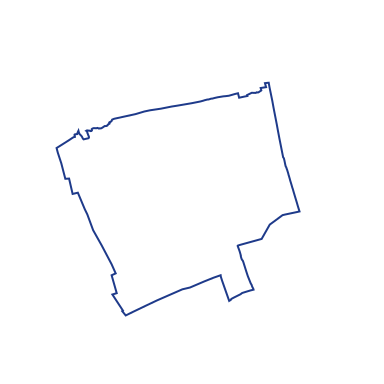 Desa, Dolj, Romania, rotated 55°
{"feature_id": "2599482B69091861879874", "entity_name": "Desa", "entity_type": "district", "adm_level": 2, "iso_a3": "ROU", "parent_name": "Romania", "parent_adm1": "Dolj", "projection": "natural_earth1", "projection_center": [23.007, 43.851], "detail": "fine", "context": "isolated", "style": "outline", "palette": "blue", "viewbox_px": 384, "rotation_deg": 55, "n_neighbors": 0, "source": "geoboundaries", "source_scale": "gbopen_adm2", "svg_char_len": 3433}
<svg xmlns="http://www.w3.org/2000/svg" viewBox="0 0 384 384"><g transform="rotate(55 192 192)"><path d="M255.1,317.1L256.4,308.7L257.4,302.7L258.6,295.4L260.7,283.0L266.2,255.7L269.1,248.4L272.3,233.2L274.6,223.4L276.6,216.3L278.0,217.0L282.2,218.3L284.7,219.0L302.5,224.0L302.5,223.9L302.5,223.2L302.6,222.9L302.7,222.6L302.6,222.2L302.5,221.8L302.4,221.6L302.3,221.3L302.2,221.2L302.2,220.9L302.2,220.7L302.5,218.2L303.6,210.8L303.5,209.6L303.5,209.0L303.7,208.2L305.2,203.5L306.2,200.5L307.3,197.6L306.5,197.3L304.2,197.0L303.4,196.8L302.7,196.6L302.2,196.4L301.7,196.4L300.5,196.3L292.8,194.5L288.2,193.1L278.7,190.1L278.2,190.0L277.5,189.8L276.8,189.8L276.3,189.9L275.9,189.9L275.6,189.8L274.7,189.6L272.7,188.9L272.4,188.7L272.1,188.6L272.0,188.4L268.2,187.1L266.1,186.5L263.0,185.7L262.6,185.6L262.3,185.5L262.2,185.3L262.2,185.2L262.8,183.2L264.4,178.7L265.4,175.9L270.2,162.4L270.3,162.1L270.4,161.9L270.3,161.7L263.3,147.0L262.9,131.1L263.8,128.8L268.5,117.8L269.6,115.1L264.0,113.3L261.1,112.3L255.6,110.5L249.9,108.6L248.2,108.0L247.0,107.6L246.2,107.4L243.0,106.3L238.4,104.8L237.7,104.5L236.8,104.2L235.6,103.8L234.2,103.3L233.4,103.1L232.2,102.6L227.9,101.2L227.6,101.2L226.7,100.9L225.7,100.6L224.9,100.6L224.1,100.3L223.3,100.0L219.4,98.3L217.1,97.4L216.4,97.4L215.7,97.4L215.3,97.2L198.5,89.8L191.4,86.6L185.3,83.8L172.5,78.1L169.6,76.8L163.3,73.9L150.8,68.5L146.5,66.5L146.4,66.7L145.9,67.5L144.7,69.8L148.6,71.2L146.2,76.1L148.5,76.9L148.6,77.4L148.5,78.4L148.5,79.1L148.5,79.8L148.4,80.7L148.1,81.2L147.7,81.5L147.4,81.9L147.5,82.4L147.4,82.7L147.3,82.9L147.3,83.1L147.1,83.3L145.0,86.2L144.2,91.3L145.1,91.6L143.9,94.3L141.8,99.3L137.5,97.7L136.4,100.5L135.3,103.7L134.3,106.6L132.7,109.6L131.6,111.5L129.1,116.7L128.0,119.4L127.1,121.9L126.8,122.3L126.4,123.1L126.0,124.5L125.5,125.8L125.0,126.5L124.4,128.2L124.0,129.2L123.8,130.0L122.7,133.1L119.1,141.3L112.8,154.6L110.3,159.7L105.9,169.7L101.0,179.5L98.7,184.9L95.8,193.6L87.4,213.7L86.9,215.9L87.7,217.1L87.8,217.4L87.8,217.7L87.8,218.0L87.7,218.2L87.8,218.5L87.9,218.8L87.9,219.0L87.8,219.3L87.7,219.3L87.5,219.5L87.6,219.9L87.8,219.9L88.2,220.1L88.6,220.2L88.7,220.3L88.7,220.5L88.7,220.8L88.5,221.1L88.5,221.7L88.5,221.8L88.6,222.0L88.6,222.6L89.0,223.0L89.0,223.4L88.9,224.1L88.5,224.9L88.1,225.4L87.9,225.7L87.9,226.3L87.9,228.1L87.8,229.4L87.7,230.0L87.4,230.5L87.0,230.9L86.8,231.3L86.8,231.6L86.6,231.8L86.3,232.2L85.8,232.3L85.5,232.5L85.2,232.8L85.0,233.5L84.8,234.0L84.6,234.2L84.4,234.5L84.1,234.9L83.9,235.1L83.4,235.7L83.1,236.5L82.9,237.3L83.0,238.1L84.2,238.7L84.3,239.5L83.9,240.2L83.1,240.6L82.8,241.0L82.3,241.6L81.6,242.3L81.3,242.8L81.2,243.1L81.2,243.5L81.4,243.4L81.9,243.4L82.2,243.4L82.7,243.4L83.0,243.5L83.9,243.9L84.5,244.0L84.9,244.1L86.0,244.4L86.6,244.5L87.0,244.6L87.7,244.8L88.1,245.0L88.4,245.5L88.6,245.9L86.7,250.6L86.1,250.7L85.4,250.7L84.6,250.6L83.4,250.4L82.1,250.5L80.9,250.7L80.0,250.9L78.9,250.6L77.7,250.3L76.7,249.9L77.2,250.8L77.4,251.1L77.5,251.3L77.9,251.8L78.2,252.3L78.5,252.5L78.7,252.8L78.2,253.6L78.0,254.3L77.7,254.6L77.6,255.2L77.7,255.4L78.2,255.7L78.9,255.9L79.7,256.3L79.2,257.5L79.1,258.7L79.0,263.0L78.7,269.7L78.3,277.7L82.9,279.4L93.5,282.6L108.5,288.2L110.5,285.0L125.1,290.9L127.1,285.9L144.6,289.7L150.3,290.6L166.6,294.9L183.8,296.6L205.1,299.3L214.9,301.2L214.1,305.6L231.7,311.7L230.3,316.0L249.6,316.6L249.6,317.5L255.1,317.1Z" fill="none" stroke="#1e3a8a" stroke-width="2"/></g></svg>